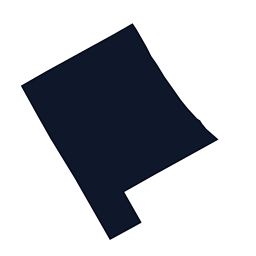 Ottawa, Michigan, United States of America, rotated 151°
{"feature_id": "52423323B64315206950381", "entity_name": "Ottawa", "entity_type": "district", "adm_level": 2, "iso_a3": "USA", "parent_name": "United States of America", "parent_adm1": "Michigan", "projection": "albers", "projection_center": [-86.089, 42.987], "detail": "fine", "context": "isolated", "style": "filled", "palette": "ink", "viewbox_px": 256, "rotation_deg": 151, "n_neighbors": 0, "source": "geoboundaries", "source_scale": "gbopen_adm2", "svg_char_len": 491}
<svg xmlns="http://www.w3.org/2000/svg" viewBox="0 0 256 256"><g transform="rotate(151 128 128)"><path d="M55.5,74.8L60.6,88.9L61.8,95.6L62.0,99.4L63.7,102.6L67.0,116.3L68.4,124.1L68.9,127.4L71.9,155.4L72.1,160.8L72.5,169.7L73.5,179.6L73.1,190.1L73.4,210.0L73.9,216.6L86.5,216.4L95.3,216.3L98.3,216.3L171.2,216.6L200.5,216.2L200.5,180.6L200.4,172.1L200.3,157.1L198.3,110.0L197.4,39.6L162.7,39.4L163.1,74.6L127.8,74.9L55.5,74.8Z" fill="#0f172a" stroke="#020617" stroke-width="1.5"/></g></svg>